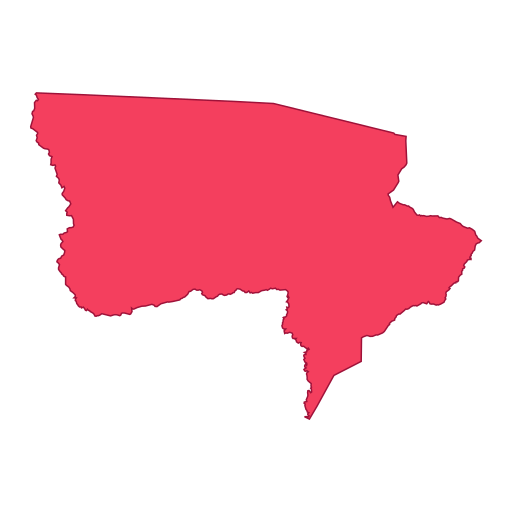 the district of Água Boa, Mato Grosso, Brazil
{"feature_id": "56859067B27604315767494", "entity_name": "Água Boa", "entity_type": "district", "adm_level": 2, "iso_a3": "BRA", "parent_name": "Brazil", "parent_adm1": "Mato Grosso", "projection": "mercator", "projection_center": [-52.48, -14.089], "detail": "fine", "context": "isolated", "style": "filled", "palette": "rose", "viewbox_px": 512, "rotation_deg": 0, "n_neighbors": 0, "source": "geoboundaries", "source_scale": "gbopen_adm2", "svg_char_len": 5986}
<svg xmlns="http://www.w3.org/2000/svg" viewBox="0 0 512 512"><path d="M406.1,136.4L394.8,134.4L393.8,133.1L273.5,103.5L233.5,101.4L82.3,94.7L36.4,92.9L35.2,94.2L36.4,95.2L37.1,97.5L38.4,99.4L37.5,100.7L36.3,100.3L34.5,102.6L34.7,108.3L33.7,110.9L32.6,111.4L32.0,113.8L33.1,116.0L33.4,117.5L30.7,126.6L30.9,128.0L32.9,128.8L37.6,132.5L37.6,133.8L36.5,135.2L37.2,137.7L36.2,140.7L37.0,142.0L38.6,143.1L38.8,144.7L43.5,148.2L44.8,148.7L47.8,149.1L48.9,149.9L49.4,152.3L48.5,154.0L49.5,155.7L52.0,156.6L51.1,159.3L51.1,163.0L50.7,164.7L52.8,165.4L54.9,164.9L55.6,166.2L55.0,168.1L57.2,174.4L56.4,176.3L58.5,178.2L59.3,179.9L58.8,182.9L60.9,185.1L61.9,187.8L64.0,186.4L64.8,188.1L63.7,191.4L62.2,193.4L62.2,194.8L65.2,198.0L66.2,199.7L68.1,200.8L69.6,201.0L70.8,203.9L68.8,206.9L67.8,207.7L65.6,210.7L67.2,212.2L66.7,213.8L66.8,215.3L69.9,215.8L71.5,215.6L73.4,219.2L73.5,223.7L74.1,225.2L73.1,227.1L71.4,227.6L69.4,227.7L67.2,228.9L67.5,231.7L66.3,232.5L64.2,233.0L62.8,234.3L60.3,234.3L59.3,234.8L61.1,239.4L62.2,240.2L62.9,241.6L61.1,243.5L60.6,245.0L60.9,247.0L63.7,249.7L64.8,250.4L64.6,252.4L63.7,255.0L61.7,256.1L60.6,258.3L59.2,258.5L58.2,259.2L57.3,260.4L56.9,261.8L58.5,263.2L59.5,264.7L58.5,267.9L58.6,269.5L60.2,271.8L61.3,272.8L61.6,273.9L62.7,274.5L63.6,276.0L64.4,276.6L65.6,276.9L65.6,284.3L66.4,285.3L68.8,287.1L69.9,288.8L70.3,290.6L73.0,292.6L75.2,294.8L75.3,296.5L74.0,297.8L76.3,297.9L75.5,299.2L75.3,300.6L76.2,301.3L76.8,303.7L77.7,304.6L78.2,305.7L79.6,307.0L81.1,306.9L81.5,307.9L83.3,307.1L84.6,308.6L85.4,310.2L86.3,310.6L87.5,309.2L88.4,310.4L89.6,310.6L90.1,311.5L92.7,312.9L93.9,314.0L95.0,316.1L96.3,316.2L97.2,315.7L98.3,315.7L99.7,315.2L101.8,313.7L110.6,315.9L113.9,314.8L115.4,314.7L117.0,314.8L119.8,315.7L120.8,315.0L121.4,313.4L122.4,313.0L124.4,313.0L129.8,314.4L130.7,313.9L132.0,311.6L131.6,308.1L132.7,309.0L133.8,309.1L137.3,307.5L141.9,306.2L145.5,306.0L151.9,304.3L154.3,305.3L155.0,306.4L157.0,306.6L160.8,303.8L167.6,301.9L168.7,302.1L172.7,301.5L179.8,299.9L180.6,298.8L182.1,298.3L183.3,297.4L184.7,297.0L187.6,294.3L189.1,291.5L190.6,291.3L193.0,289.4L195.0,289.1L196.5,290.1L198.1,290.2L199.7,289.7L200.9,290.3L202.1,291.2L202.5,292.5L201.7,293.5L202.4,294.7L205.0,295.7L205.8,296.9L207.9,298.7L210.6,298.4L211.9,298.8L213.4,298.7L216.1,296.8L217.5,296.2L218.5,294.9L219.6,294.2L221.9,294.0L223.2,294.9L224.4,295.4L226.7,295.0L227.9,294.1L229.1,293.8L230.1,294.3L231.9,293.6L233.0,292.7L234.2,292.5L234.9,290.9L236.0,290.2L236.5,289.2L237.7,288.7L240.2,289.2L242.6,290.9L244.2,291.2L245.1,292.5L246.8,292.5L248.8,291.0L250.1,292.9L251.3,292.4L252.7,293.2L255.6,292.6L258.3,292.6L261.6,290.7L265.0,290.1L266.1,289.6L267.4,290.3L269.5,289.1L270.6,288.2L272.3,288.8L275.5,288.2L276.7,289.5L278.4,289.3L279.9,290.1L285.6,289.6L287.2,290.8L288.0,291.8L288.1,293.2L287.6,295.0L288.3,296.4L287.1,296.4L287.6,297.5L288.8,297.8L287.7,300.2L286.5,301.8L287.6,302.1L288.8,304.0L289.0,306.8L288.3,307.6L286.8,307.2L287.2,309.2L286.2,309.8L287.2,310.6L287.6,311.6L287.4,313.3L286.6,314.6L286.7,315.7L285.5,317.0L284.1,317.1L283.2,317.6L284.0,318.8L283.2,319.8L283.1,321.7L282.5,322.8L282.6,324.2L281.9,325.8L282.6,328.0L283.6,328.9L285.7,329.0L284.1,330.8L284.7,333.5L285.8,332.9L287.2,333.2L289.8,332.3L292.1,333.1L292.8,334.8L292.1,336.1L292.4,337.7L293.0,338.5L296.0,338.5L295.2,339.3L296.2,340.3L296.5,341.8L298.3,343.1L299.7,342.4L301.2,342.6L300.6,344.0L300.9,345.6L302.0,346.4L303.7,346.3L306.0,348.1L307.3,348.6L308.4,348.1L309.1,349.3L308.2,349.8L306.9,350.0L306.8,351.7L304.5,352.4L305.9,353.2L305.9,354.5L304.6,354.5L303.8,355.2L304.0,356.7L305.0,358.2L303.8,359.4L305.0,362.1L306.6,363.0L306.9,364.1L306.6,365.3L305.6,364.0L304.7,365.6L304.7,366.8L306.0,367.9L303.9,369.4L304.7,370.9L305.8,371.3L306.9,370.7L308.3,371.7L306.9,372.8L306.5,374.0L306.9,375.0L307.2,377.5L307.1,379.3L308.2,381.0L311.2,383.6L311.0,386.0L311.5,387.2L310.7,388.2L311.4,389.0L311.6,392.0L310.7,392.7L309.0,390.5L307.9,390.7L307.6,392.5L307.9,395.1L307.7,396.4L306.3,399.7L306.8,401.5L304.3,402.1L304.1,403.3L305.2,404.1L304.9,405.6L306.0,409.4L306.9,410.4L307.3,412.0L308.8,412.7L307.7,413.9L307.9,414.9L309.1,415.9L308.1,416.9L306.8,416.6L304.5,416.7L309.4,419.1L317.0,406.2L333.9,375.4L361.2,361.4L361.5,337.9L363.3,336.8L366.8,335.5L368.4,335.8L370.0,336.4L372.6,336.3L376.1,334.9L377.7,335.0L382.6,332.9L384.3,331.5L388.3,325.5L389.6,324.5L389.4,323.4L391.8,321.2L394.6,320.1L394.8,318.5L396.2,316.8L396.4,315.6L398.7,314.0L400.0,314.1L404.5,310.3L405.5,309.1L407.0,309.2L408.7,308.6L410.4,307.1L413.1,305.6L414.7,305.7L416.0,305.5L416.9,306.0L420.8,303.8L421.7,302.9L423.2,302.6L426.7,303.8L428.3,301.5L429.1,302.1L430.0,303.8L431.2,304.1L433.5,304.0L436.2,305.1L437.1,304.7L438.2,305.0L440.6,304.1L444.0,302.2L444.7,300.5L445.8,299.0L445.1,297.8L445.9,296.5L446.2,294.7L445.8,293.1L446.3,291.8L449.0,289.8L450.0,288.5L449.0,287.8L450.1,286.5L451.1,286.0L453.6,283.5L454.7,282.8L455.8,282.9L456.2,281.7L457.5,281.8L458.4,280.8L458.6,277.1L460.4,275.0L461.8,274.2L461.7,271.3L462.6,270.3L462.6,268.9L464.2,268.1L464.8,266.9L463.7,265.6L464.2,264.1L466.8,261.5L467.4,260.0L469.8,259.4L471.0,259.5L471.0,258.2L469.8,257.8L470.2,256.5L471.2,255.7L471.0,254.4L472.2,253.1L473.0,251.3L474.6,250.0L475.2,246.0L476.2,243.9L477.8,243.0L479.2,242.7L481.3,240.7L477.8,238.2L476.6,235.8L475.8,235.1L474.7,231.3L472.4,229.4L469.5,227.8L467.6,228.2L463.3,226.5L461.9,225.5L460.2,223.5L456.6,222.1L451.4,219.1L449.7,218.4L447.0,219.0L442.4,218.0L441.3,217.4L439.4,217.6L437.9,215.9L432.4,216.0L430.4,215.7L429.0,216.2L426.4,216.4L423.7,215.6L422.7,215.8L421.5,215.5L420.6,215.9L419.6,214.9L418.4,215.3L417.0,215.1L414.5,212.0L413.2,209.3L412.1,208.3L409.6,207.0L408.6,206.0L407.4,206.1L404.7,204.8L403.3,204.8L399.4,203.3L397.5,201.8L393.0,207.3L390.5,200.9L389.7,197.3L388.3,195.3L388.1,193.9L393.5,190.1L398.2,182.6L398.8,181.2L397.9,175.0L401.7,168.8L404.1,167.1L406.0,164.9L406.8,163.1L405.8,140.8L406.1,136.4Z" fill="#f43f5e" stroke="#9f1239" stroke-width="1.5"/></svg>